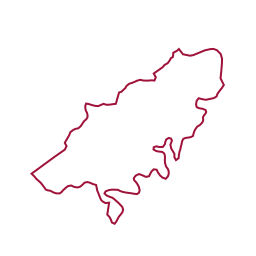 outline of Pirapó, Rio Grande do Sul, Brazil, rotated 103°
{"feature_id": "56859067B57075431460973", "entity_name": "Pirapó", "entity_type": "district", "adm_level": 2, "iso_a3": "BRA", "parent_name": "Brazil", "parent_adm1": "Rio Grande do Sul", "projection": "orthographic", "projection_center": [-55.227, -28.076], "detail": "fine", "context": "isolated", "style": "outline", "palette": "rose", "viewbox_px": 256, "rotation_deg": 103, "n_neighbors": 0, "source": "geoboundaries", "source_scale": "gbopen_adm2", "svg_char_len": 2760}
<svg xmlns="http://www.w3.org/2000/svg" viewBox="0 0 256 256"><g transform="rotate(103 128 128)"><path d="M217.1,128.7L219.0,125.9L220.8,124.3L223.7,122.4L224.3,119.5L221.7,118.3L219.2,117.7L216.4,116.9L213.6,115.5L211.3,114.5L208.5,114.4L206.2,115.8L205.0,117.6L203.7,119.5L202.5,121.5L200.9,124.5L199.5,127.3L199.2,130.3L198.5,133.9L197.0,136.2L194.8,135.6L192.8,132.6L191.7,129.9L191.1,127.0L190.5,123.8L191.2,121.4L191.4,119.0L191.4,116.0L190.9,110.5L190.7,107.1L190.4,104.4L188.7,102.8L186.3,102.6L183.3,103.9L180.9,105.9L179.3,107.6L177.5,110.2L175.7,111.1L172.7,109.8L170.4,107.0L170.8,103.8L171.6,99.5L170.2,96.6L167.4,96.0L165.1,95.3L162.5,93.7L162.2,90.7L164.6,88.8L167.0,86.1L168.5,83.4L169.0,79.8L166.0,78.2L163.7,78.0L161.3,78.5L159.1,79.8L157.0,82.2L153.9,84.0L151.0,84.9L149.0,85.2L146.7,85.8L144.7,87.0L143.6,89.2L144.0,92.4L144.1,95.4L143.2,98.3L141.0,98.6L139.5,96.4L139.5,93.3L138.6,89.8L135.4,88.4L133.1,88.5L130.7,88.2L128.6,86.2L128.6,83.7L130.3,82.4L132.3,82.6L134.8,82.9L138.2,81.3L142.7,77.0L146.1,76.2L148.5,74.0L146.0,71.9L143.3,72.3L139.3,72.5L136.9,72.2L134.6,72.3L131.9,72.2L128.6,72.3L126.1,71.6L124.7,69.7L123.8,67.2L122.6,64.5L121.1,62.9L118.9,62.9L115.8,62.6L112.7,61.6L110.9,60.7L108.8,58.5L106.9,57.4L104.9,56.5L102.9,56.6L100.7,57.4L98.8,56.9L96.9,55.9L94.8,55.4L93.0,56.5L92.5,59.8L92.7,63.1L92.2,65.7L89.8,67.0L86.0,67.2L83.1,65.8L83.2,62.2L83.0,58.5L81.7,55.7L80.8,53.7L79.4,50.9L77.3,48.8L74.6,48.5L71.4,47.2L68.3,45.7L64.5,44.3L58.8,49.0L51.6,49.9L44.0,51.0L39.2,52.0L35.1,54.3L32.2,58.8L31.7,62.5L32.6,65.5L35.0,70.5L42.3,80.8L43.6,83.8L43.8,91.0L39.6,96.2L41.6,97.5L44.5,100.8L46.8,100.4L48.8,100.3L50.3,101.9L53.1,102.7L55.9,103.9L58.4,106.6L61.1,108.0L69.1,115.2L72.3,112.3L75.8,112.9L76.3,116.0L77.3,119.0L77.9,121.6L78.3,124.1L78.3,127.0L79.8,129.7L81.5,131.9L82.9,133.9L84.6,136.7L87.1,138.8L89.9,139.7L92.0,141.2L94.1,142.5L95.4,144.7L107.2,145.3L108.2,148.2L109.2,150.6L110.2,154.0L110.0,157.4L111.5,159.4L113.4,162.0L113.8,164.8L113.8,167.7L113.5,171.3L113.6,174.3L116.1,174.6L118.6,173.9L120.5,173.0L122.5,171.3L124.6,170.3L126.7,169.9L128.8,170.6L131.3,172.4L134.0,173.4L136.9,174.5L139.5,176.4L140.7,179.1L142.5,181.2L145.0,183.2L147.3,183.5L149.3,184.0L152.2,184.9L154.7,185.7L156.8,186.2L159.4,183.8L163.3,184.7L172.4,192.9L194.2,211.7L196.3,208.3L198.3,205.7L199.3,203.8L200.9,200.9L203.0,198.2L204.8,196.1L206.5,194.3L206.8,192.0L206.6,189.4L207.5,186.5L207.8,183.3L207.2,180.0L205.6,178.5L203.2,177.2L200.7,175.5L198.2,173.5L196.8,170.4L197.5,167.1L197.3,163.8L196.0,161.5L193.6,159.6L191.1,158.1L189.8,155.5L189.9,152.4L190.5,149.9L190.7,146.2L195.9,143.9L197.9,142.4L200.3,140.8L204.1,138.1L205.4,136.0L206.2,133.1L205.0,129.6L217.1,128.7Z" fill="none" stroke="#9f1239" stroke-width="2"/></g></svg>